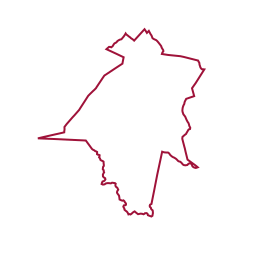 outline of Urbano Santos, Maranhão, Brazil, rotated 344°
{"feature_id": "56859067B97391403758690", "entity_name": "Urbano Santos", "entity_type": "district", "adm_level": 2, "iso_a3": "BRA", "parent_name": "Brazil", "parent_adm1": "Maranhão", "projection": "orthographic", "projection_center": [-43.287, -3.284], "detail": "fine", "context": "isolated", "style": "outline", "palette": "rose", "viewbox_px": 256, "rotation_deg": 344, "n_neighbors": 0, "source": "geoboundaries", "source_scale": "gbopen_adm2", "svg_char_len": 3483}
<svg xmlns="http://www.w3.org/2000/svg" viewBox="0 0 256 256"><g transform="rotate(344 128 128)"><path d="M184.2,185.0L183.5,183.9L182.1,182.0L176.5,174.8L176.8,166.5L177.0,163.4L177.0,161.8L177.2,153.3L177.9,151.6L179.5,150.8L181.3,150.0L182.2,149.7L183.0,148.8L184.2,147.7L185.3,146.6L186.0,146.1L187.3,146.1L187.9,145.0L187.7,143.7L187.5,142.8L187.6,141.5L187.5,139.9L187.0,138.5L186.7,137.1L186.5,136.0L186.3,134.3L186.1,132.8L185.5,131.3L185.0,130.1L185.0,129.1L184.9,128.0L185.0,126.5L185.5,125.1L186.1,123.7L186.6,122.9L187.5,121.6L188.7,120.4L189.5,118.8L190.1,118.0L190.8,117.3L192.0,116.0L200.4,115.6L200.5,107.4L205.5,103.4L206.5,102.5L217.5,92.7L216.3,92.2L215.3,91.9L214.7,91.0L214.3,89.7L214.3,88.1L214.2,86.9L214.4,85.7L214.5,84.6L214.1,83.7L214.0,82.5L201.1,75.0L198.1,73.4L186.6,68.8L181.0,66.2L181.9,64.9L183.2,63.9L183.3,62.8L182.9,61.5L182.5,59.9L182.5,58.5L182.1,57.4L181.5,55.9L180.9,54.4L180.2,52.8L179.4,51.4L177.1,49.4L176.3,48.3L176.1,45.5L175.6,44.2L174.8,40.4L172.4,41.8L172.0,40.4L171.7,39.3L171.1,37.6L158.0,45.7L157.3,44.5L156.5,43.5L155.6,42.5L155.1,41.5L154.5,40.8L153.9,40.0L153.3,39.1L152.7,38.3L152.1,37.5L151.8,36.5L151.1,37.2L149.8,38.3L148.8,39.1L147.7,39.8L146.8,40.5L145.9,40.9L144.8,40.8L143.5,41.0L141.8,41.5L140.9,42.2L139.8,42.7L138.4,42.9L137.4,43.6L135.7,45.2L134.1,45.8L133.4,45.2L132.1,44.8L131.1,45.3L130.0,45.8L129.0,46.3L137.2,53.4L141.6,57.3L143.3,58.8L141.0,63.3L140.4,64.6L133.6,66.7L120.6,70.8L119.7,71.1L117.5,72.9L108.8,80.3L108.2,80.9L105.9,82.2L105.0,82.6L100.9,84.8L98.6,86.1L94.4,89.8L87.4,95.9L86.1,97.1L79.9,101.1L77.7,102.4L70.0,107.4L67.2,109.5L66.6,111.9L66.0,113.2L65.5,114.6L59.8,114.3L56.8,114.1L44.6,113.4L38.5,113.1L56.3,119.0L84.0,128.4L87.6,138.2L88.5,139.4L89.5,140.2L90.0,141.1L90.9,141.7L91.7,142.5L91.4,143.5L91.0,144.6L91.6,145.3L92.5,145.7L93.2,146.3L92.9,147.2L92.1,148.2L92.7,149.5L92.7,151.0L93.5,152.0L94.5,152.7L95.2,153.6L94.8,155.4L94.6,156.8L94.3,157.8L93.5,158.3L92.8,159.6L92.4,160.8L93.0,161.9L92.7,163.1L92.8,164.1L92.0,164.7L91.0,165.9L90.6,167.7L91.2,168.9L92.2,170.0L92.1,171.2L91.1,172.0L90.2,172.4L88.8,172.4L87.9,173.4L87.2,174.6L88.3,175.5L90.0,175.7L91.3,175.2L93.0,175.3L94.0,175.6L95.1,176.0L96.3,176.5L97.5,176.2L98.4,176.5L99.3,177.0L100.2,177.3L100.8,178.2L100.3,179.0L100.0,180.1L100.3,181.3L101.2,182.4L101.6,184.6L100.4,185.6L99.7,186.7L99.7,187.9L100.2,189.1L100.7,190.5L100.6,191.8L100.4,193.1L100.2,194.4L101.3,195.4L102.5,196.3L103.7,196.3L104.4,197.5L104.6,198.7L105.2,199.9L104.9,201.2L104.0,201.5L102.9,201.2L101.9,202.1L101.9,203.1L102.3,204.3L102.1,205.6L103.0,207.0L103.7,207.8L104.2,208.9L104.5,210.1L104.6,211.2L105.9,211.2L106.6,211.8L107.8,211.4L109.1,210.7L110.1,210.3L111.4,210.0L112.3,211.4L113.3,212.8L113.9,213.6L115.2,213.7L116.5,213.8L118.0,214.4L119.1,215.2L120.1,215.0L120.9,214.6L122.5,215.0L123.2,216.2L123.1,217.3L124.4,218.3L126.1,219.5L127.3,219.1L127.8,218.0L128.5,216.7L128.8,215.3L129.0,214.0L128.3,213.0L127.9,212.0L128.0,210.9L127.3,209.8L127.4,208.8L128.1,207.8L129.6,207.5L135.6,195.9L143.3,180.8L154.3,160.2L155.6,161.1L156.6,161.6L158.0,162.1L159.7,162.6L160.6,163.8L161.0,165.2L161.6,166.3L162.4,167.5L163.2,168.4L164.2,169.2L165.2,170.3L165.9,171.2L166.6,172.5L167.1,173.5L167.8,174.2L168.9,174.8L169.7,176.0L170.2,177.1L170.7,178.2L171.4,179.0L172.9,179.7L174.8,179.9L176.4,179.0L177.9,179.0L179.0,179.8L179.3,181.5L179.4,182.6L179.9,183.4L180.8,184.3L182.2,185.1L184.2,185.0Z" fill="none" stroke="#9f1239" stroke-width="2"/></g></svg>